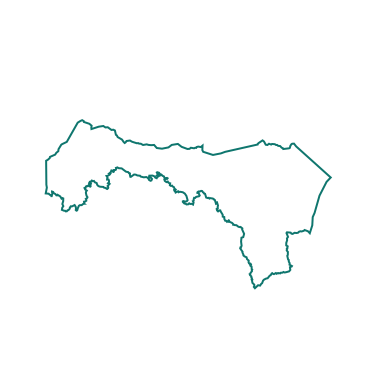 outline of Upper Denkyira West, Central, Ghana, rotated 150°
{"feature_id": "2480657B72362309510067", "entity_name": "Upper Denkyira West", "entity_type": "district", "adm_level": 2, "iso_a3": "GHA", "parent_name": "Ghana", "parent_adm1": "Central", "projection": "orthographic", "projection_center": [-1.984, 6.106], "detail": "fine", "context": "isolated", "style": "outline", "palette": "teal", "viewbox_px": 384, "rotation_deg": 150, "n_neighbors": 0, "source": "geoboundaries", "source_scale": "gbopen_adm2", "svg_char_len": 6073}
<svg xmlns="http://www.w3.org/2000/svg" viewBox="0 0 384 384"><g transform="rotate(150 192 192)"><path d="M64.6,135.2L79.0,179.4L79.5,182.9L81.1,183.7L81.9,183.7L83.6,182.9L85.2,181.3L86.1,181.3L91.5,183.6L91.4,184.5L92.2,185.5L92.7,187.7L94.3,188.9L94.8,190.2L95.7,190.7L96.4,192.0L98.7,193.6L99.7,193.5L101.2,195.3L103.2,195.0L104.5,196.1L104.4,199.7L105.1,201.4L109.8,201.1L111.0,200.8L111.4,200.3L143.2,210.2L147.7,211.0L155.3,213.6L162.2,221.2L162.1,223.1L159.7,226.9L161.9,226.5L163.9,228.2L165.4,228.6L166.3,228.1L167.0,228.7L168.3,228.8L170.9,230.9L172.5,230.6L174.4,231.5L178.4,236.3L180.2,240.7L186.0,242.9L190.1,242.4L196.3,244.5L200.5,247.7L201.3,251.7L203.8,252.9L206.1,254.5L207.4,255.9L210.9,257.2L212.2,259.4L213.7,260.4L214.1,261.2L215.4,261.8L218.8,265.5L220.0,267.6L223.2,268.9L224.7,268.2L225.8,268.1L226.2,269.6L226.4,272.4L228.9,276.7L228.8,278.6L229.3,279.6L228.0,283.8L229.0,285.3L230.7,286.0L232.6,290.2L234.7,291.2L235.8,293.5L240.1,295.2L247.6,296.8L247.0,298.1L245.8,299.6L246.8,302.4L250.6,306.7L250.3,307.5L251.2,309.1L253.0,309.3L256.3,309.2L275.4,298.0L280.7,298.4L281.6,298.3L286.2,295.8L287.4,294.2L289.9,293.8L291.8,292.8L297.4,293.4L298.3,292.5L300.7,292.0L302.7,292.0L314.5,271.1L315.5,268.4L319.4,263.9L317.0,262.2L316.5,260.6L315.6,259.8L316.1,258.0L313.3,261.0L313.3,262.0L313.0,262.4L312.2,261.4L312.3,260.0L311.3,258.5L311.1,256.9L310.5,256.5L309.8,256.8L308.3,254.0L308.3,251.5L307.3,251.6L306.7,250.8L308.1,248.5L310.3,246.4L310.5,244.1L312.2,243.3L313.6,241.6L312.2,239.8L311.2,239.1L311.0,238.3L310.0,237.9L308.9,238.4L308.2,238.1L306.9,238.4L306.0,238.9L305.5,239.7L304.5,239.8L304.1,240.2L302.9,239.5L300.2,239.4L300.1,237.4L300.7,235.7L301.7,234.5L301.4,233.6L300.8,233.5L300.2,233.8L299.2,234.9L296.9,236.6L295.8,236.7L294.1,235.8L292.0,236.1L291.2,235.7L291.4,236.2L290.6,236.7L290.3,237.6L289.1,237.2L287.9,237.3L287.3,238.4L287.4,239.1L285.7,239.3L285.1,239.8L285.2,241.6L284.3,244.4L283.5,245.3L282.4,245.8L283.2,247.4L283.1,249.2L282.4,249.2L282.3,248.6L281.1,249.8L280.0,249.7L279.5,249.2L278.5,249.5L277.9,248.1L277.4,247.5L277.0,247.6L276.7,248.3L277.0,250.1L276.8,251.1L276.4,251.3L276.2,250.6L275.6,250.9L275.3,249.9L275.1,250.1L275.0,251.8L274.4,251.6L273.0,252.0L272.5,250.9L271.4,250.6L271.2,248.8L270.1,247.5L270.5,245.6L270.1,243.9L268.9,242.5L266.2,240.7L266.1,239.9L264.4,238.2L264.4,237.5L263.9,237.0L262.7,237.3L262.1,238.1L262.1,239.4L259.4,240.2L260.3,241.6L258.9,242.0L258.3,243.2L258.0,244.4L258.7,245.1L259.3,245.2L259.2,245.6L258.0,246.6L258.0,248.6L256.9,248.2L254.6,248.2L253.4,248.8L254.2,249.5L252.6,249.8L251.0,251.0L250.5,250.5L250.3,249.0L249.9,248.6L249.4,248.8L248.7,250.1L247.1,249.3L246.0,250.0L245.8,250.9L244.3,250.6L243.6,249.3L241.1,247.6L239.0,242.6L237.3,241.1L237.2,239.9L236.6,239.5L236.5,239.0L237.1,238.2L237.8,236.0L237.4,235.7L233.4,236.1L232.0,235.1L231.1,233.7L228.9,232.1L228.7,231.0L226.4,228.8L224.1,227.8L223.4,226.7L223.0,224.8L223.2,224.1L222.4,222.5L221.4,222.3L220.1,223.3L220.4,224.9L221.3,225.5L221.4,225.9L221.4,226.9L220.8,227.5L217.9,225.9L216.7,224.3L216.6,222.8L215.7,221.6L214.8,222.2L212.7,222.4L212.9,223.4L214.0,223.9L212.9,224.2L212.7,226.5L212.2,226.5L210.9,225.1L210.9,224.4L211.3,224.0L210.4,223.2L211.0,222.2L209.7,222.0L209.4,220.7L208.5,219.5L208.8,218.1L208.5,217.5L206.6,216.7L206.3,216.1L207.1,215.8L207.9,216.4L209.7,216.6L210.0,215.2L209.3,213.6L208.1,213.3L208.4,212.8L207.6,212.3L207.4,211.0L206.6,210.4L207.8,208.9L207.2,207.8L206.1,207.5L206.0,206.5L205.2,205.1L205.5,203.8L205.0,202.5L205.4,202.5L205.7,203.2L206.3,203.0L206.6,202.2L206.3,201.5L206.6,201.0L206.2,200.1L205.6,200.4L205.4,200.0L205.7,199.7L203.7,199.6L203.7,198.5L202.4,198.3L200.1,196.4L199.0,194.2L198.8,191.4L199.9,187.1L201.2,186.6L202.7,187.1L203.9,188.4L204.6,188.5L204.9,188.0L204.4,185.9L203.1,184.6L203.0,184.0L201.3,183.2L200.1,183.6L199.5,182.5L198.1,181.9L197.4,180.6L195.9,182.1L195.8,183.6L195.2,183.5L194.6,184.0L194.3,184.8L193.1,185.9L192.3,185.3L190.8,185.7L188.0,184.8L187.1,185.1L186.8,187.5L187.8,188.6L187.3,189.1L186.1,189.2L184.7,188.5L183.5,188.4L182.7,187.7L182.7,186.3L182.2,185.7L182.3,184.6L181.6,183.9L182.5,180.1L181.4,178.9L180.4,178.6L180.2,177.6L179.3,177.6L177.2,175.9L176.7,175.0L176.9,174.7L176.2,173.6L177.1,169.8L176.5,169.8L176.2,170.8L175.5,170.6L176.3,167.2L177.3,166.2L177.7,165.1L179.1,165.0L179.5,163.5L179.3,162.7L178.9,162.9L178.8,162.2L177.6,162.4L176.7,161.9L176.9,161.0L176.8,157.0L177.7,155.3L176.6,154.2L177.5,152.4L177.6,150.5L176.8,150.0L176.6,148.7L174.3,149.1L174.2,148.8L175.2,148.2L175.2,147.9L174.3,147.3L172.8,145.3L172.4,143.9L172.7,143.0L172.0,142.7L171.7,142.1L170.1,141.0L169.2,138.7L167.8,137.4L167.4,137.4L166.6,135.3L167.3,134.5L167.8,129.7L170.2,127.3L172.0,127.7L174.3,124.5L175.9,120.7L176.8,119.9L177.7,119.9L178.3,119.2L177.9,118.9L178.4,118.2L178.1,115.0L178.6,114.4L178.8,112.0L179.2,111.3L178.6,109.8L177.4,108.2L177.9,106.4L177.2,104.2L178.1,103.0L178.3,101.7L177.2,100.8L177.1,99.7L177.5,99.4L178.1,99.7L178.3,98.8L177.7,97.7L178.8,95.4L178.7,94.7L179.3,94.5L179.6,93.5L182.0,92.5L182.4,91.9L183.1,92.0L183.3,91.0L182.8,89.2L183.4,88.2L183.2,87.3L184.1,86.4L183.7,85.8L184.3,85.3L185.1,83.1L184.4,80.6L185.1,79.4L185.9,78.9L185.6,77.2L181.4,78.2L179.8,76.9L178.1,77.8L176.8,78.0L174.8,79.7L173.5,80.1L171.2,80.0L169.6,79.5L166.5,80.7L165.5,80.6L163.7,81.6L163.1,81.6L162.7,80.5L162.1,79.9L160.0,79.9L159.7,79.0L159.0,79.1L158.3,78.5L157.9,78.7L156.2,77.4L155.6,77.7L153.9,76.9L152.8,77.0L152.2,76.1L151.0,75.6L147.6,74.7L145.8,75.4L144.8,77.9L143.8,78.1L143.1,77.6L142.5,77.9L143.9,80.3L143.0,81.5L143.0,83.2L142.2,84.8L142.5,85.5L141.4,89.1L140.5,89.6L138.9,92.2L139.2,94.0L138.6,94.8L137.9,95.2L138.0,95.7L137.3,96.0L136.3,97.1L137.1,98.6L135.8,100.8L133.7,102.7L133.0,104.3L131.3,105.1L130.7,109.2L129.9,109.6L126.9,107.5L126.7,106.2L125.8,105.4L123.6,105.4L121.8,104.1L120.3,103.7L119.3,104.1L117.8,103.8L116.8,103.0L114.5,102.5L113.5,102.8L111.2,100.0L110.6,97.4L104.5,103.0L100.0,109.9L96.3,112.6L83.4,125.1L70.4,133.5L64.6,135.2Z" fill="none" stroke="#0f766e" stroke-width="2"/></g></svg>